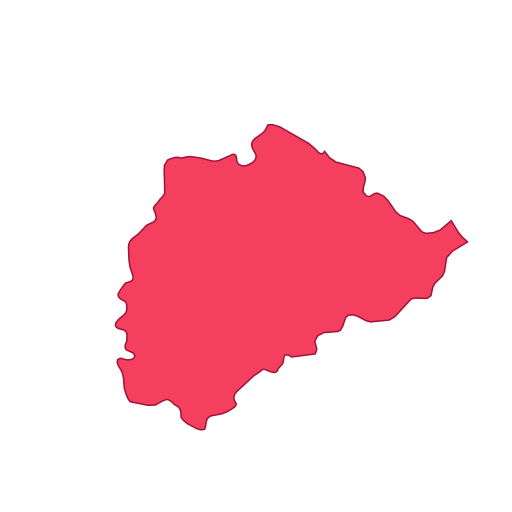 the Metropolitan department of Haute-Loire, rotated 147°
{"feature_id": "FRA-5299", "entity_name": "Haute-Loire", "entity_type": "Metropolitan department", "adm_level": 1, "iso_a3": "FRA", "parent_name": "France", "parent_adm1": "", "projection": "orthographic", "projection_center": [3.906, 45.086], "detail": "fine", "context": "isolated", "style": "filled", "palette": "rose", "viewbox_px": 512, "rotation_deg": 147, "n_neighbors": 0, "source": "natural_earth", "source_scale": "10m", "svg_char_len": 2850}
<svg xmlns="http://www.w3.org/2000/svg" viewBox="0 0 512 512"><g transform="rotate(147 256 256)"><path d="M73.0,179.3L73.4,165.6L72.6,159.0L70.9,152.6L88.5,153.1L97.0,150.8L106.5,140.2L110.7,137.7L120.5,135.8L124.6,133.7L130.9,127.4L135.7,127.3L145.9,134.3L149.5,135.4L172.6,129.5L179.1,129.7L195.9,138.4L198.8,141.6L203.6,150.1L206.5,153.6L210.8,156.1L214.3,155.5L221.8,149.7L225.6,147.8L228.5,148.1L240.8,154.8L247.5,155.5L253.1,152.6L255.8,144.6L259.6,141.6L281.3,152.0L282.5,155.0L284.0,156.3L285.8,157.1L287.7,156.0L290.8,152.3L293.0,150.9L297.6,149.8L301.8,147.7L304.2,148.3L306.7,150.9L308.6,153.5L310.0,155.7L311.7,157.0L312.9,157.3L315.2,156.9L323.4,156.7L346.4,152.7L349.1,151.6L351.4,149.7L352.6,147.5L352.9,144.9L353.0,142.6L355.1,141.2L358.0,140.9L364.9,141.1L370.4,142.2L380.8,146.4L383.2,146.6L385.5,146.0L387.7,144.4L391.4,140.3L393.4,138.7L396.3,139.8L399.6,143.2L404.8,152.6L406.4,157.5L406.7,161.3L405.5,163.6L404.1,165.8L403.2,168.5L403.3,171.6L405.4,176.2L406.1,179.6L407.3,182.4L408.8,184.3L413.0,185.3L421.4,185.8L427.9,189.6L436.8,198.3L440.9,202.3L441.1,205.3L440.5,209.5L439.9,212.0L438.5,216.7L433.4,226.3L432.5,228.7L431.8,231.1L431.4,233.5L431.2,238.3L430.9,240.8L429.9,243.0L428.3,244.5L425.6,244.2L423.9,242.6L422.2,240.5L420.3,238.8L418.1,237.6L415.8,236.9L413.7,237.0L412.1,238.1L411.7,240.9L412.9,243.3L415.9,248.0L415.8,250.2L414.0,252.7L410.5,255.3L407.3,259.8L406.2,262.8L406.9,265.6L410.6,269.8L411.9,272.1L411.7,274.4L409.7,276.4L405.3,277.8L399.1,278.5L396.4,279.2L393.9,281.0L391.3,284.8L390.6,287.3L390.4,288.6L390.6,289.1L391.0,289.8L393.0,293.8L393.5,296.6L392.6,299.0L388.9,301.1L380.5,304.4L375.0,303.0L372.7,303.1L370.6,304.9L369.5,308.3L368.1,313.9L367.2,316.4L364.7,321.9L358.2,332.8L356.3,335.1L353.9,336.9L350.2,338.0L342.3,338.6L331.1,341.4L323.3,340.4L320.8,340.9L318.7,342.5L317.1,346.6L316.6,349.6L315.9,352.1L313.6,353.3L312.1,353.8L309.9,354.1L305.2,356.0L302.8,356.4L300.4,357.2L298.0,358.8L286.1,378.3L284.5,380.3L283.5,381.9L277.6,384.7L271.0,383.1L269.4,382.3L267.6,381.2L265.9,379.3L264.3,378.3L260.3,377.0L256.7,375.0L248.6,367.9L241.1,359.6L238.6,357.8L235.3,356.3L220.4,354.0L218.7,353.0L218.2,351.0L218.9,348.9L220.2,346.6L220.7,344.3L220.4,341.8L218.5,339.2L215.6,337.3L210.7,336.4L207.3,336.4L204.4,337.1L202.3,338.6L201.0,340.7L200.7,343.1L200.3,348.4L199.4,351.0L197.9,353.1L195.4,354.5L192.9,355.1L183.7,355.5L180.8,356.1L178.4,357.2L174.6,359.5L170.8,357.3L165.8,351.5L150.4,321.6L148.1,313.7L147.2,308.6L146.1,306.7L144.1,305.4L141.5,306.4L140.8,298.4L137.9,291.4L121.9,273.7L120.3,268.6L121.6,262.0L124.5,258.6L128.5,255.2L131.3,251.2L130.6,245.9L128.4,244.0L122.4,243.8L119.9,242.6L116.3,236.6L115.1,230.3L114.7,216.7L113.1,211.5L107.7,204.3L105.5,199.7L103.7,186.0L101.5,182.7L94.7,179.0L87.5,177.5L73.0,179.3Z" fill="#f43f5e" stroke="#9f1239" stroke-width="1.5"/></g></svg>